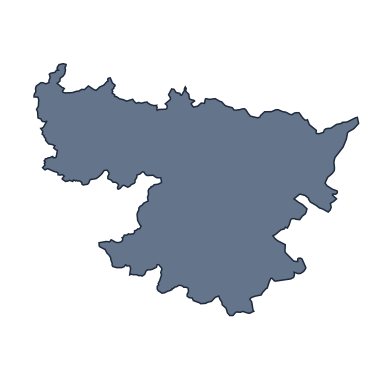 Bac Quang, Hà Giang, Vietnam (Robinson projection), rotated 93°
{"feature_id": "81297802B46816941364430", "entity_name": "Bac Quang", "entity_type": "district", "adm_level": 2, "iso_a3": "VNM", "parent_name": "Vietnam", "parent_adm1": "Hà Giang", "projection": "robinson", "projection_center": [104.909, 22.394], "detail": "fine", "context": "isolated", "style": "filled", "palette": "slate", "viewbox_px": 384, "rotation_deg": 93, "n_neighbors": 0, "source": "geoboundaries", "source_scale": "gbopen_adm2", "svg_char_len": 5990}
<svg xmlns="http://www.w3.org/2000/svg" viewBox="0 0 384 384"><g transform="rotate(93 192 192)"><path d="M307.8,124.0L306.8,124.9L298.7,126.6L296.0,128.7L294.3,127.2L292.8,123.7L291.2,117.5L288.7,116.3L284.6,113.0L284.1,111.9L277.4,110.1L274.1,108.7L274.1,107.4L276.5,105.1L276.6,103.7L273.6,88.8L272.0,86.2L271.0,85.7L269.1,85.4L266.8,85.8L268.0,81.7L267.6,79.3L265.5,76.4L262.7,74.6L261.5,74.4L253.2,78.6L252.4,80.1L252.5,82.0L253.3,82.9L256.0,82.9L255.7,86.8L247.5,95.7L245.8,96.1L239.7,96.1L236.1,104.1L234.2,106.7L231.4,108.9L230.2,106.6L225.1,101.2L224.1,98.0L222.2,96.7L223.0,94.9L219.8,93.3L214.3,91.9L213.6,91.2L213.2,88.2L213.8,86.8L214.0,83.0L210.2,80.5L208.1,77.9L206.5,77.1L202.8,76.3L198.7,81.1L196.9,84.8L193.5,89.8L188.9,84.9L188.5,83.6L189.6,78.8L192.1,75.3L193.1,75.2L195.8,73.3L198.9,67.2L201.3,63.8L202.1,60.7L204.9,54.9L202.8,53.1L199.9,52.2L196.1,53.2L193.9,49.9L191.3,47.3L187.9,51.4L187.1,51.6L186.6,51.2L186.8,48.8L186.5,48.0L185.3,46.9L184.0,46.9L183.3,47.2L181.9,51.9L178.7,57.5L176.1,59.6L170.2,57.3L166.5,53.3L164.2,51.6L162.8,51.0L160.2,51.0L154.6,51.9L150.2,51.1L139.3,43.5L131.0,40.6L124.9,39.8L123.8,39.1L120.5,33.9L114.9,29.2L108.8,30.8L109.3,32.5L114.0,40.8L114.6,45.6L115.7,46.3L116.9,51.2L121.1,56.8L121.4,59.9L122.0,61.8L123.0,63.0L125.6,63.9L127.1,68.0L127.1,70.7L126.0,71.2L123.9,71.1L119.1,77.7L118.1,78.6L113.8,80.5L114.3,81.7L114.2,83.1L111.9,85.6L107.4,89.1L107.2,90.5L107.7,93.7L109.5,96.3L109.5,97.8L107.4,102.4L107.0,105.7L105.3,110.4L105.5,112.7L107.6,116.7L108.1,123.7L112.0,127.5L113.5,128.1L114.2,129.2L114.4,130.8L113.2,137.5L110.9,139.8L107.0,142.6L106.1,143.9L106.4,146.1L107.3,148.6L108.1,153.5L107.9,154.3L105.7,156.2L104.4,162.4L103.6,163.9L100.4,167.1L99.9,169.2L97.6,173.7L98.6,179.4L98.0,182.9L98.7,183.6L102.8,184.2L102.7,187.5L106.0,190.8L107.1,195.0L104.4,197.3L103.7,197.4L101.0,194.2L100.4,194.8L99.5,198.8L98.9,199.5L94.5,200.4L91.7,203.6L88.9,203.2L87.4,204.2L88.9,204.9L91.2,205.0L96.0,207.5L95.7,208.6L94.1,209.3L93.5,213.1L90.4,215.4L90.1,217.7L96.1,220.5L99.2,218.4L100.8,218.5L105.3,223.3L106.6,221.8L107.8,221.1L110.0,221.6L110.7,222.4L111.3,229.5L112.3,231.0L111.0,231.6L109.3,231.2L107.9,232.0L107.3,231.8L107.7,234.5L107.0,237.8L105.6,240.6L104.5,241.5L105.1,244.7L106.0,246.8L105.4,250.2L106.4,252.1L104.8,254.3L102.5,256.1L104.7,262.1L103.4,265.3L102.7,269.3L100.8,272.3L100.6,274.2L99.1,274.3L97.3,277.0L95.8,276.4L94.4,277.1L93.9,277.1L92.7,275.6L91.1,275.4L90.2,274.5L89.3,274.4L87.3,277.2L82.3,279.6L83.0,281.8L84.0,282.1L85.7,281.6L86.3,282.8L89.8,285.6L92.1,289.8L95.5,293.0L94.8,295.5L91.5,301.0L95.3,304.6L95.3,307.5L97.3,310.7L97.4,312.5L99.0,316.5L99.7,323.9L99.4,325.3L98.8,326.4L98.0,326.6L95.4,324.9L94.8,325.7L94.5,327.1L90.6,332.4L88.2,329.7L85.8,329.7L84.9,329.2L83.2,327.0L80.8,325.4L76.8,324.7L74.3,325.4L73.0,324.6L71.2,324.4L70.6,327.3L71.7,331.4L74.6,333.1L75.9,333.1L77.4,331.9L77.5,333.7L79.7,335.2L80.9,339.6L81.9,340.7L85.0,339.6L87.9,340.6L90.2,340.6L91.6,343.6L90.7,346.7L90.7,348.5L94.3,353.0L96.5,353.7L100.1,353.2L102.2,354.4L104.0,354.8L105.4,354.7L105.3,351.0L107.7,349.9L114.4,349.9L117.7,351.6L119.7,350.4L125.9,349.7L126.4,349.0L126.9,346.7L128.7,345.8L129.5,344.6L129.5,341.6L128.5,340.5L135.0,343.7L136.0,344.8L136.4,346.4L139.3,344.2L142.1,344.7L143.3,342.9L144.6,342.6L146.3,341.0L148.0,340.9L151.5,337.7L151.9,334.2L153.0,331.3L155.2,332.5L156.9,330.3L157.5,328.6L164.3,329.5L164.9,330.6L165.0,332.3L163.8,332.8L163.8,333.3L165.2,335.8L165.4,337.5L166.3,338.7L166.6,340.2L167.4,340.3L168.7,341.3L169.9,340.0L171.1,341.0L172.8,340.2L175.5,342.5L177.6,340.0L176.2,337.4L178.8,330.7L179.1,328.5L180.0,326.8L181.9,326.6L182.0,323.9L181.4,323.1L181.5,322.3L182.8,320.4L185.3,322.3L186.0,322.2L188.1,318.8L187.5,316.3L186.7,315.1L187.7,311.6L186.3,311.1L186.5,309.7L187.1,308.7L186.5,307.9L187.0,306.6L186.8,304.8L188.3,302.6L189.9,302.3L190.7,301.1L189.7,296.7L188.5,295.6L185.6,294.7L184.8,293.8L183.7,288.5L182.0,286.3L178.5,282.9L175.1,280.9L174.6,277.9L177.1,275.9L178.5,275.9L181.0,276.9L183.1,276.7L184.2,273.6L186.4,271.3L186.3,269.0L187.2,267.0L188.7,265.7L191.7,266.7L192.7,266.4L193.0,265.6L192.2,264.0L189.1,261.5L188.9,260.2L190.6,256.4L189.6,254.5L187.9,253.2L186.3,250.1L185.2,249.4L183.4,249.6L180.5,248.0L177.9,247.8L176.7,244.8L174.4,242.4L174.6,241.1L177.1,239.2L177.9,237.5L177.3,231.9L179.6,228.0L179.5,223.9L184.1,222.9L186.0,226.3L186.7,230.2L188.4,231.6L188.8,233.2L189.9,233.4L190.9,234.9L192.8,235.8L197.0,235.3L199.3,236.2L203.3,235.3L205.7,239.7L207.8,241.1L209.0,243.0L210.7,244.2L213.0,244.2L214.9,245.2L217.2,245.7L223.2,244.8L227.8,242.1L228.7,241.0L231.3,242.3L231.7,243.1L231.6,244.2L233.0,245.4L233.7,247.3L235.6,247.3L237.0,248.5L237.1,250.6L237.6,251.5L237.1,253.3L238.4,254.8L238.6,257.4L240.8,258.4L241.3,259.4L242.1,258.8L243.7,258.8L245.3,259.9L246.3,262.2L246.3,265.3L244.0,270.0L244.2,270.6L245.2,270.9L246.1,271.9L245.9,275.0L247.5,282.2L250.7,281.9L251.7,280.9L254.0,275.7L257.5,273.7L259.3,271.6L261.9,269.8L264.1,269.4L267.4,268.0L269.2,268.0L270.6,267.1L271.5,263.2L271.2,258.2L270.2,255.9L268.1,254.4L269.3,253.1L268.9,250.9L269.3,250.2L271.7,249.3L278.0,249.9L277.3,248.5L277.7,245.8L277.4,243.2L278.3,241.1L278.1,238.5L278.6,237.4L276.9,235.1L272.9,233.5L271.9,231.6L272.0,230.1L271.3,227.6L269.0,223.6L266.4,223.0L266.3,221.4L269.8,218.2L270.8,218.1L274.1,219.0L276.4,218.1L282.1,219.6L285.3,221.0L286.6,220.4L288.0,221.8L290.6,221.7L292.3,220.6L294.6,216.7L294.2,214.4L292.3,211.0L291.5,208.6L290.4,206.8L289.5,206.8L289.2,205.5L287.9,204.3L287.3,202.1L285.9,200.4L285.8,199.6L286.3,196.7L287.6,195.2L287.4,193.1L287.9,191.4L288.5,190.8L291.8,190.3L294.3,191.5L296.3,191.4L297.7,189.3L297.8,186.4L300.4,184.9L302.3,178.6L303.1,177.4L302.5,172.6L301.2,170.4L300.2,166.9L296.0,163.3L294.5,159.8L297.5,158.6L300.3,156.5L303.1,155.9L306.3,151.9L310.8,150.3L313.4,147.8L313.2,144.6L310.4,142.5L309.5,141.3L309.6,137.4L308.6,135.0L309.9,130.4L310.1,128.1L307.8,124.0Z" fill="#64748b" stroke="#1e293b" stroke-width="1.5"/></g></svg>